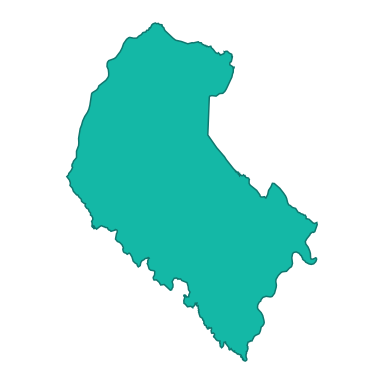 Zoundweogo, Zoundwéogo, Burkina Faso (Equal Earth projection)
{"feature_id": "67063806B75605811528327", "entity_name": "Zoundweogo", "entity_type": "district", "adm_level": 2, "iso_a3": "BFA", "parent_name": "Burkina Faso", "parent_adm1": "Zoundwéogo", "projection": "equal_earth", "projection_center": [-0.952, 11.556], "detail": "fine", "context": "isolated", "style": "filled", "palette": "teal", "viewbox_px": 384, "rotation_deg": 0, "n_neighbors": 0, "source": "geoboundaries", "source_scale": "gbopen_adm2", "svg_char_len": 5958}
<svg xmlns="http://www.w3.org/2000/svg" viewBox="0 0 384 384"><path d="M77.7,194.9L79.1,197.2L80.9,198.8L81.5,200.0L81.4,200.9L82.0,201.7L84.2,203.4L85.5,203.7L85.1,205.1L85.2,206.2L86.7,208.2L88.4,209.2L89.1,211.4L90.5,212.8L90.5,215.1L91.7,215.8L92.7,217.8L92.8,219.5L91.6,221.4L92.1,222.8L92.1,224.6L92.6,225.4L91.8,226.0L92.6,227.3L93.0,227.3L93.5,225.9L94.2,226.2L94.6,227.2L93.7,227.6L93.6,228.1L93.8,228.6L95.9,228.3L96.6,229.1L100.3,226.2L101.6,225.7L103.6,226.7L104.5,226.7L105.2,227.4L107.4,227.7L108.0,229.1L109.0,230.1L109.8,230.2L111.0,231.3L114.5,230.3L115.2,229.6L115.5,230.0L116.4,229.8L117.2,230.4L117.2,232.4L116.5,233.6L115.5,239.1L117.4,241.5L119.7,242.4L121.9,244.6L123.3,247.5L123.4,248.2L122.8,249.0L123.1,250.7L123.5,251.8L124.3,252.6L126.0,253.2L127.2,254.3L129.1,253.1L130.0,253.6L132.0,257.0L133.2,261.2L135.2,263.1L136.9,264.0L137.4,265.7L138.3,266.9L140.2,265.6L140.8,262.5L142.0,260.7L143.8,259.8L145.2,258.5L147.1,258.2L148.2,257.5L148.9,257.8L149.1,258.2L148.5,258.3L148.0,260.4L147.7,260.8L147.9,262.5L147.2,263.6L147.9,264.9L149.1,268.9L150.7,270.2L153.9,270.7L154.8,271.6L154.5,275.1L153.2,277.3L153.4,278.8L154.0,280.0L156.5,279.9L159.2,282.3L160.7,285.0L164.2,284.5L170.3,290.2L171.6,289.8L172.0,288.5L172.9,287.2L173.0,284.6L172.1,281.7L174.1,278.3L176.7,278.0L177.9,279.2L178.4,278.8L179.3,279.1L180.6,278.9L181.8,280.5L187.0,282.6L188.2,286.5L188.5,289.7L190.0,292.1L188.8,295.1L188.7,296.8L186.5,297.0L185.9,295.6L185.2,295.1L184.2,295.0L183.8,295.6L184.1,296.4L184.6,296.4L184.8,297.3L183.8,300.6L184.0,303.4L185.2,304.1L187.5,306.8L190.8,306.3L192.8,307.7L193.2,306.5L194.1,306.0L195.0,304.6L195.2,303.2L197.0,303.1L196.4,304.9L197.1,306.0L198.1,305.7L198.3,308.7L198.9,309.8L198.4,310.6L198.8,311.2L198.6,312.2L199.1,312.6L199.0,313.5L200.1,316.8L201.9,317.9L202.6,318.8L202.8,320.0L203.6,320.5L204.0,322.4L203.8,323.3L204.4,324.1L204.6,325.0L206.2,325.6L206.3,326.9L207.2,327.9L207.4,328.8L208.1,329.0L209.0,327.4L209.8,328.3L211.2,327.7L211.5,328.0L211.6,329.1L211.1,330.7L211.5,332.9L211.9,333.3L213.4,333.0L214.5,334.0L214.5,335.1L213.6,336.3L213.7,336.8L214.0,336.7L216.1,339.6L217.3,340.6L220.0,341.1L219.7,343.1L220.2,343.4L220.1,345.0L220.4,346.7L221.4,347.2L221.6,347.7L222.2,347.3L223.4,345.8L224.0,342.3L225.5,342.0L225.7,343.4L228.8,347.4L229.1,349.5L229.8,349.9L231.1,348.6L232.3,350.4L233.6,351.4L234.4,351.1L234.3,351.9L236.5,353.0L237.4,354.1L238.4,353.9L239.1,354.6L240.2,354.6L241.1,355.2L241.3,355.7L240.8,356.2L240.8,356.9L241.6,357.4L242.2,357.3L242.6,359.2L243.3,359.1L243.6,359.8L243.2,360.0L244.3,360.8L245.5,361.0L246.6,360.2L246.9,359.1L246.1,357.1L246.0,354.6L246.5,353.4L246.4,351.7L247.0,351.5L247.9,348.8L247.9,347.9L247.5,347.7L247.8,346.5L247.1,345.6L248.0,342.2L250.1,341.4L250.4,340.8L251.9,341.0L254.2,336.5L255.5,335.4L258.9,333.8L259.5,333.0L260.4,330.7L261.2,327.0L262.6,325.9L263.9,323.9L264.2,322.4L263.9,320.3L262.7,315.5L261.2,312.7L258.1,309.3L257.5,307.9L257.7,305.0L259.3,302.0L260.7,301.1L261.1,299.6L262.9,297.4L266.1,296.3L270.1,296.9L271.4,296.7L272.2,296.4L274.5,293.3L276.2,287.2L276.4,285.1L275.8,281.7L276.0,279.4L278.3,275.4L281.0,272.6L282.4,271.8L286.5,271.3L289.6,267.9L290.8,267.3L291.7,266.2L292.5,263.4L291.8,257.8L292.6,253.7L293.7,252.5L296.2,251.9L299.1,253.3L300.7,255.4L301.3,255.5L301.7,256.8L302.6,258.1L302.5,258.9L303.0,259.6L305.1,261.2L305.6,262.1L308.9,263.9L311.2,264.4L313.7,263.8L315.8,261.6L316.6,259.4L316.4,258.2L315.7,257.8L312.9,259.2L311.1,259.0L310.6,257.9L310.4,253.5L309.7,250.9L308.1,247.1L305.8,244.0L305.3,241.5L306.9,238.6L309.8,235.0L310.4,233.6L312.5,232.1L313.5,232.4L314.8,231.6L317.2,224.7L316.8,222.5L314.6,223.5L313.1,223.0L309.1,219.3L306.1,218.6L306.1,216.7L305.1,215.1L303.8,215.2L303.0,214.3L300.8,213.7L299.7,212.7L298.7,212.6L297.9,212.0L295.6,208.4L292.5,207.5L290.2,205.5L288.8,204.9L287.7,202.9L286.6,198.4L285.6,196.1L283.5,193.0L279.8,188.3L274.3,183.5L272.4,183.3L271.0,186.7L268.6,190.3L267.7,194.5L265.9,198.0L265.3,197.8L264.6,196.7L261.8,197.1L260.6,196.7L260.2,196.2L259.8,194.8L256.7,190.4L250.2,185.2L249.1,183.4L249.1,180.4L249.4,179.7L248.5,178.1L245.8,177.4L245.0,175.7L244.4,176.0L243.6,174.8L242.4,175.7L241.7,175.7L240.7,174.9L239.7,175.8L239.6,174.1L238.9,174.7L238.4,174.4L238.3,173.3L238.8,173.2L238.7,172.7L237.9,172.0L237.1,172.6L236.2,171.4L235.6,171.7L235.4,171.4L235.4,170.7L233.5,168.8L226.3,159.7L224.5,156.8L216.6,147.6L207.8,135.0L209.3,97.0L209.9,96.0L211.9,95.6L216.1,96.1L219.5,93.6L222.8,93.3L224.9,91.3L226.3,89.0L231.9,77.0L232.5,74.0L233.2,72.3L233.4,68.4L234.1,67.9L234.1,67.3L233.0,67.7L232.8,66.7L229.8,64.8L229.8,63.0L230.5,61.9L231.0,61.9L231.4,61.3L232.4,56.7L232.1,56.0L231.8,56.2L231.9,55.0L231.6,54.2L229.4,53.2L227.3,51.3L225.8,51.3L224.9,51.9L224.3,51.7L224.5,52.3L223.9,53.6L220.4,55.1L220.3,54.6L219.7,54.5L219.6,53.9L218.7,53.4L218.5,52.8L217.4,53.5L215.7,52.7L213.2,49.4L211.5,47.9L210.8,46.2L208.3,46.9L207.1,46.1L206.4,46.5L205.7,45.4L204.7,45.6L203.6,44.7L202.4,44.4L201.3,42.8L199.1,42.6L198.3,41.8L193.3,42.9L192.1,42.7L187.8,43.8L181.4,41.5L175.6,40.2L172.8,38.0L165.2,30.8L164.2,29.2L164.0,28.0L161.9,26.0L162.2,25.1L161.8,24.7L159.4,24.5L158.4,23.4L156.6,23.7L155.3,23.0L153.1,23.8L151.9,24.8L150.4,27.9L149.7,27.7L149.0,28.3L149.1,29.2L148.2,30.3L147.0,30.2L146.6,30.4L145.9,31.9L142.9,32.6L141.3,34.7L138.8,36.1L136.8,38.1L133.7,38.2L129.8,37.4L128.7,37.7L126.6,39.3L123.6,43.6L122.1,48.0L120.2,51.7L115.8,57.5L114.0,58.7L108.8,60.6L107.6,62.1L107.2,63.4L107.0,66.6L108.3,69.5L108.7,73.3L108.6,76.0L108.0,77.4L106.0,80.2L98.9,85.8L98.0,88.3L96.6,90.0L92.2,92.8L91.6,93.8L89.9,105.2L88.9,109.1L87.6,112.1L84.7,116.6L82.7,121.0L81.6,125.1L80.2,128.6L78.6,138.4L78.8,142.6L78.6,145.6L76.5,151.1L76.5,157.6L73.5,161.2L72.8,163.3L72.1,164.2L71.9,166.2L72.6,167.2L71.9,169.1L70.9,170.9L68.8,173.4L68.4,175.1L66.8,176.6L69.4,180.0L70.4,183.0L70.0,185.5L72.4,188.2L73.4,191.3L76.6,194.9L77.7,194.9Z" fill="#14b8a6" stroke="#0f766e" stroke-width="1.5"/></svg>